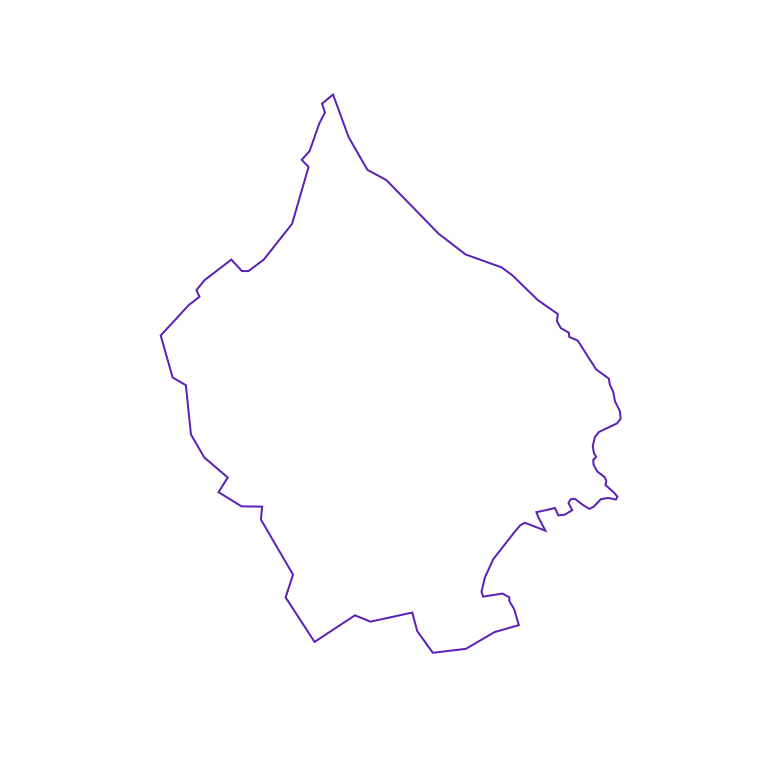 outline of Kotayk, Kotayk, Armenia, rotated 240°
{"feature_id": "60910142B27902732275271", "entity_name": "Kotayk", "entity_type": "district", "adm_level": 2, "iso_a3": "ARM", "parent_name": "Armenia", "parent_adm1": "Kotayk", "projection": "natural_earth1", "projection_center": [44.724, 40.239], "detail": "fine", "context": "isolated", "style": "outline", "palette": "violet", "viewbox_px": 768, "rotation_deg": 240, "n_neighbors": 0, "source": "geoboundaries", "source_scale": "gbopen_adm2", "svg_char_len": 1474}
<svg xmlns="http://www.w3.org/2000/svg" viewBox="0 0 768 768"><g transform="rotate(240 384 384)"><path d="M195.4,194.9L198.2,243.2L185.0,253.4L171.9,294.2L153.3,289.2L126.8,291.9L113.7,322.5L113.9,355.6L107.8,380.2L123.8,384.1L133.3,384.0L136.5,385.9L143.2,381.9L150.3,363.5L151.3,363.7L155.4,364.6L166.1,374.8L177.7,391.1L190.1,421.9L193.5,431.3L193.5,436.5L176.3,450.4L191.9,451.1L196.8,451.9L193.6,461.7L191.2,470.0L183.0,469.3L180.5,475.2L180.6,483.9L188.8,484.3L190.8,488.2L189.2,491.8L179.8,495.8L173.2,499.3L172.8,504.1L175.8,514.3L173.3,521.1L168.0,527.0L169.7,529.8L175.0,528.9L185.7,525.3L189.0,528.1L193.1,528.5L201.7,524.9L209.5,525.2L213.6,527.2L214.8,531.3L219.3,531.3L225.9,533.7L232.5,540.0L235.0,545.9L233.4,566.0L235.5,571.5L242.5,574.7L253.6,575.4L262.2,578.5L270.8,579.3L276.3,581.4L290.5,575.0L324.7,573.5L332.1,568.0L336.0,569.7L344.0,565.1L351.9,565.2L357.7,569.5L379.6,559.2L414.0,549.5L426.3,544.1L431.7,539.5L455.4,519.4L478.0,510.1L486.6,506.5L559.4,488.0L577.8,476.7L615.4,476.8L660.2,484.6L657.8,470.5L648.7,468.6L642.1,458.4L622.9,436.0L619.3,424.8L609.7,427.2L568.7,384.5L551.9,342.2L551.4,338.0L549.7,324.7L549.6,323.5L549.5,323.2L552.9,317.4L568.1,314.0L567.1,306.7L563.7,280.6L559.1,268.5L551.8,267.8L550.0,254.4L542.9,231.8L537.7,214.9L495.3,204.2L482.0,211.8L436.9,191.6L410.3,191.6L381.1,201.9L373.1,186.6L349.3,199.4L338.7,217.2L328.1,209.6L264.4,209.9L248.4,192.1L195.4,194.9Z" fill="none" stroke="#5b21b6" stroke-width="2"/></g></svg>